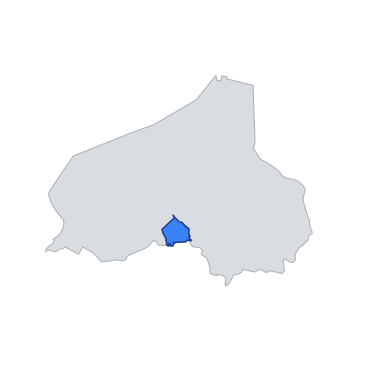 Baladruz, Diyala, Iraq shown in context, rotated 119°
{"feature_id": "34846034B64184275342457", "entity_name": "Baladruz", "entity_type": "district", "adm_level": 2, "iso_a3": "IRQ", "parent_name": "Iraq", "parent_adm1": "Diyala", "projection": "mercator", "projection_center": [45.392, 33.561], "detail": "fine", "context": "in_parent", "style": "filled", "palette": "blue", "viewbox_px": 384, "rotation_deg": 119, "n_neighbors": 0, "source": "geoboundaries", "source_scale": "gbopen_adm2", "svg_char_len": 5976}
<svg xmlns="http://www.w3.org/2000/svg" viewBox="0 0 384 384"><g transform="rotate(119 192 192)"><path d="M159.3,75.2L161.7,74.6L166.2,70.8L168.9,67.2L169.7,66.9L172.1,68.1L173.8,68.4L177.7,67.1L180.1,67.8L182.0,68.7L183.1,68.7L188.4,71.0L189.7,71.2L192.4,71.5L196.4,71.6L199.0,70.2L200.9,68.8L202.2,68.8L203.4,69.1L204.5,69.7L205.4,70.8L205.8,72.3L205.6,77.0L206.0,78.3L206.7,79.2L207.6,79.4L208.7,78.3L210.7,76.8L213.0,75.2L214.8,73.7L215.8,73.1L217.4,73.2L218.9,73.5L219.8,74.2L219.8,74.4L220.6,76.7L222.7,85.0L223.9,86.0L225.2,86.9L226.2,88.1L226.6,89.4L226.4,91.3L226.5,93.5L227.0,95.2L227.8,96.5L228.5,97.2L229.6,97.3L230.9,97.6L231.8,98.9L234.5,108.3L234.8,109.5L235.9,109.9L237.9,109.7L239.8,110.7L241.9,112.2L243.9,115.0L245.2,115.5L249.4,115.1L255.1,115.5L257.7,117.0L257.4,117.9L255.4,118.9L251.8,120.1L250.7,122.1L250.1,124.7L250.2,126.2L251.1,127.8L253.7,130.9L253.8,132.1L254.3,133.7L254.7,134.8L254.2,136.9L251.9,138.4L248.9,140.0L242.7,147.0L242.3,148.5L242.3,152.7L241.7,153.9L239.8,153.9L238.3,153.7L238.2,155.1L237.2,157.0L236.7,158.7L238.9,162.7L239.3,164.8L239.0,166.7L236.9,170.0L235.7,172.2L236.0,172.7L237.6,173.6L242.6,180.8L244.3,183.4L246.4,182.7L247.2,182.8L247.8,183.2L248.2,184.0L248.2,185.1L247.7,186.7L250.4,187.4L251.3,189.0L254.5,194.6L254.4,196.3L252.9,198.9L252.9,200.7L253.2,202.2L253.7,202.8L258.3,203.0L260.3,203.6L265.2,206.5L270.7,210.9L275.2,214.4L279.0,217.5L283.2,217.2L284.3,217.8L285.3,218.7L286.5,221.2L288.9,226.9L290.9,228.7L294.0,233.2L296.9,237.4L294.9,243.1L293.1,249.0L293.1,256.7L293.1,260.8L297.0,260.9L301.4,261.1L301.4,266.0L301.5,270.9L301.5,276.5L302.8,276.7L304.8,277.9L305.7,279.7L306.8,280.7L308.1,280.8L309.5,281.7L310.8,283.3L311.2,284.5L310.9,285.4L311.2,286.8L312.1,288.9L313.2,289.9L314.9,291.1L312.6,291.8L310.1,291.3L304.7,288.8L303.0,288.8L300.7,289.7L300.6,290.5L294.9,287.8L292.9,287.2L292.2,287.2L288.9,287.2L284.3,287.7L281.6,288.8L279.7,290.0L278.9,291.1L278.6,291.7L277.1,295.1L275.4,299.5L273.6,303.4L270.2,308.9L268.3,311.4L264.2,316.1L259.8,317.1L249.6,316.1L238.2,315.1L227.0,314.1L218.6,313.3L217.9,313.1L209.6,306.4L203.1,301.0L194.9,294.4L186.5,287.6L178.0,280.6L171.8,275.6L164.3,269.1L157.5,263.2L152.1,258.5L145.2,254.3L139.8,251.1L132.0,246.4L125.7,242.7L120.3,239.5L112.0,234.5L109.3,233.1L100.7,231.5L92.5,230.1L84.1,228.6L78.5,227.6L82.2,224.1L81.0,220.9L78.3,221.5L75.9,222.2L74.4,217.3L76.3,216.7L74.5,210.2L72.7,203.5L70.9,197.0L69.1,190.3L76.2,186.1L81.6,182.9L89.0,178.4L96.2,174.0L103.0,169.9L110.6,165.3L117.3,161.3L123.5,159.6L124.8,158.3L127.6,152.7L130.0,147.9L130.1,146.8L130.1,140.0L130.6,132.0L131.4,127.7L132.7,123.9L134.0,121.1L134.1,118.5L134.0,115.9L132.7,111.8L131.3,107.7L131.4,103.6L131.7,101.5L132.6,98.0L134.0,95.5L135.6,93.9L141.5,92.3L144.9,91.3L149.6,86.8L152.4,84.1L156.2,79.9L159.1,76.8L159.3,75.7L159.3,75.2Z" fill="#d9dde1" stroke="#a8b0b8" stroke-width="1"/><path d="M221.6,197.0L221.8,196.9L222.0,196.9L222.0,196.5L222.0,196.2L222.3,195.7L222.7,195.4L222.9,195.1L223.1,195.1L223.7,195.2L224.9,195.6L226.2,195.9L228.2,196.6L229.3,196.9L231.4,197.6L232.2,197.8L232.9,198.1L234.8,198.6L236.1,199.1L236.4,199.2L236.9,199.4L239.0,200.1L239.3,200.1L239.8,199.8L240.1,199.5L240.1,199.4L240.3,199.0L240.6,198.5L240.9,198.4L241.1,198.2L241.7,197.7L242.0,197.3L242.4,196.9L242.8,196.4L243.0,196.1L243.3,195.5L243.9,194.6L244.2,194.0L244.6,193.4L245.2,192.4L245.5,192.0L246.0,191.9L246.4,191.8L246.6,191.7L246.9,191.6L247.2,191.1L247.5,190.7L247.8,190.5L247.9,190.4L248.1,190.0L248.3,189.8L248.5,189.4L249.1,189.3L249.4,189.2L250.1,189.2L250.2,188.7L250.7,187.4L250.8,187.2L250.9,186.8L250.8,186.5L250.5,186.4L250.3,186.6L250.0,186.8L249.7,187.0L249.1,187.0L248.5,186.9L247.9,186.9L247.6,186.8L247.6,186.6L247.8,186.5L248.1,186.2L248.6,186.0L249.1,185.6L249.3,185.5L249.5,185.2L249.6,184.9L249.6,184.6L249.5,184.3L249.3,184.0L248.9,183.7L248.5,183.4L248.5,182.9L248.6,182.7L248.4,182.6L248.1,182.7L247.6,182.7L247.3,182.7L246.9,182.7L246.6,182.8L246.2,182.9L246.0,183.1L245.4,183.6L245.1,183.7L244.8,183.7L244.7,183.6L244.7,183.4L244.8,183.2L245.0,183.1L245.2,182.9L245.2,182.7L244.7,182.1L244.4,182.0L244.0,181.7L243.7,181.3L243.4,181.0L243.0,180.6L242.7,180.2L242.5,179.9L242.3,179.6L242.3,179.4L242.3,179.1L242.2,178.8L242.1,178.5L241.9,178.2L241.7,178.0L241.4,177.7L241.2,177.5L241.1,177.3L241.0,177.1L240.8,176.9L240.6,176.5L240.4,176.1L240.2,175.8L239.7,175.2L239.2,174.1L239.0,173.7L238.9,173.4L238.7,173.2L238.3,173.2L238.2,173.3L237.8,173.4L237.7,173.4L237.3,173.4L237.1,173.3L236.9,173.2L236.7,172.9L236.5,172.7L236.4,172.5L236.1,172.3L236.1,172.2L236.0,171.9L235.9,171.7L235.9,171.4L235.8,171.2L235.7,171.0L235.6,170.8L235.4,170.5L235.3,170.2L235.3,169.9L235.2,169.6L235.2,169.4L235.1,169.2L234.9,169.1L234.7,169.1L234.4,169.4L234.2,169.6L234.2,170.0L234.2,170.9L234.1,171.1L233.8,171.6L233.7,171.9L233.7,172.0L233.3,172.1L233.1,172.1L232.8,172.2L232.6,172.2L232.6,172.6L232.7,172.8L232.5,172.7L232.1,172.5L231.8,172.6L231.7,172.6L231.3,172.7L231.3,172.8L231.2,172.9L231.1,173.1L231.1,173.3L231.1,173.5L231.1,173.8L230.7,173.9L230.3,174.2L229.8,174.4L229.5,174.6L229.4,174.8L229.2,175.1L228.8,175.4L228.5,175.5L228.0,175.6L227.8,175.7L227.6,175.7L227.5,175.8L227.2,175.9L226.9,176.0L226.4,176.1L226.1,176.3L226.0,176.5L225.9,176.7L225.7,177.0L225.5,177.3L225.5,177.5L225.5,177.9L225.4,178.2L225.4,178.5L225.3,178.8L225.3,179.1L225.4,179.3L225.5,179.4L225.7,179.7L225.7,179.9L225.7,180.3L225.6,180.7L225.4,180.8L225.2,180.8L224.9,180.8L224.7,180.9L224.7,181.1L224.7,181.3L224.7,181.5L224.7,181.9L224.9,182.2L224.9,182.3L224.8,182.5L224.7,182.7L224.7,182.8L224.6,183.0L224.4,183.2L224.4,183.3L224.1,184.1L224.0,184.4L223.9,184.7L223.8,185.2L223.7,185.5L223.6,186.1L223.6,186.3L223.6,186.6L223.7,187.0L223.9,187.3L224.1,187.9L224.2,188.2L224.2,188.5L224.0,189.4L223.9,189.9L223.6,191.1L223.4,191.7L223.2,192.8L222.9,193.7L222.7,194.5L222.5,194.9L222.1,195.6L221.8,196.2L221.7,196.5L221.6,197.0Z" fill="#3b82f6" stroke="#1e3a8a" stroke-width="1.5"/></g></svg>